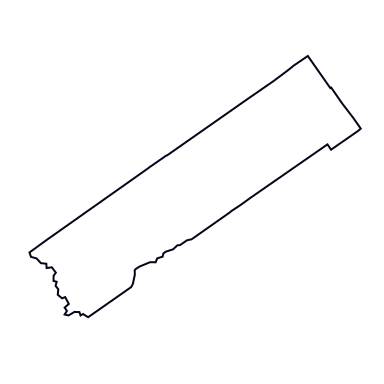 the district of Lewis, Washington, United States of America, rotated 145°
{"feature_id": "52423323B14198169594786", "entity_name": "Lewis", "entity_type": "district", "adm_level": 2, "iso_a3": "USA", "parent_name": "United States of America", "parent_adm1": "Washington", "projection": "natural_earth1", "projection_center": [-122.076, 46.588], "detail": "fine", "context": "isolated", "style": "outline", "palette": "ink", "viewbox_px": 384, "rotation_deg": 145, "n_neighbors": 0, "source": "geoboundaries", "source_scale": "gbopen_adm2", "svg_char_len": 968}
<svg xmlns="http://www.w3.org/2000/svg" viewBox="0 0 384 384"><g transform="rotate(145 192 192)"><path d="M219.5,153.5L172.2,153.6L170.4,153.8L159.5,153.5L148.0,153.7L53.7,153.3L53.8,146.9L20.7,146.8L17.4,147.1L17.4,159.8L18.2,178.6L18.1,197.7L19.1,197.8L19.1,200.0L19.1,237.0L36.3,237.2L43.4,236.7L61.4,236.1L91.0,236.3L191.6,236.3L192.1,236.6L212.9,236.7L213.6,236.6L234.8,236.5L337.5,236.1L359.8,235.7L361.1,231.2L357.4,226.7L356.6,220.4L352.5,216.8L354.7,213.1L350.0,210.7L349.8,204.0L353.4,202.8L356.4,198.6L354.4,196.1L357.6,193.3L357.3,189.1L360.9,184.8L359.4,179.4L356.2,178.7L357.1,171.0L362.6,170.4L362.7,166.3L366.6,164.7L363.9,161.7L357.1,161.2L353.1,158.2L354.1,154.8L351.3,154.6L348.9,149.0L296.4,149.0L293.2,150.6L286.3,157.0L283.8,160.8L282.0,161.2L277.6,161.0L266.5,158.5L262.1,155.3L258.5,157.6L253.2,155.9L250.6,158.1L247.5,158.1L240.4,155.9L234.6,156.7L232.3,155.4L223.8,155.3L219.5,153.5Z" fill="none" stroke="#020617" stroke-width="2"/></g></svg>